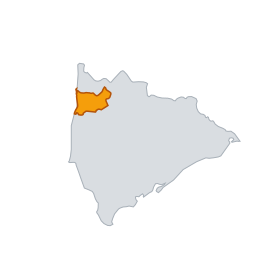 León on a map of Nicaragua (orthographic projection), rotated 51°
{"feature_id": "NIC-658", "entity_name": "León", "entity_type": "Department", "adm_level": 1, "iso_a3": "NIC", "parent_name": "Nicaragua", "parent_adm1": "", "projection": "orthographic", "projection_center": [-86.624, 12.561], "detail": "fine", "context": "in_parent", "style": "filled", "palette": "amber", "viewbox_px": 256, "rotation_deg": 51, "n_neighbors": 0, "source": "natural_earth", "source_scale": "10m", "svg_char_len": 3541}
<svg xmlns="http://www.w3.org/2000/svg" viewBox="0 0 256 256"><g transform="rotate(51 128 128)"><path d="M208.8,49.3L207.9,50.6L206.8,51.5L204.6,56.0L203.8,56.4L203.6,53.1L202.2,52.7L200.6,53.9L199.8,55.6L201.2,57.8L202.4,57.8L203.9,58.4L208.1,73.4L207.3,76.1L204.9,80.4L202.6,84.0L200.2,86.3L197.4,95.8L195.0,111.3L197.1,125.3L196.3,138.1L197.1,141.2L197.4,145.0L195.5,145.7L194.4,145.6L193.2,143.2L193.3,141.2L194.5,138.8L194.9,135.5L194.3,133.8L193.2,137.6L191.2,139.2L189.9,139.8L188.6,141.7L190.0,145.2L191.8,147.8L192.4,149.6L191.8,151.8L191.5,159.4L190.8,159.2L190.2,158.2L188.3,158.1L188.1,161.1L188.3,162.8L186.7,164.2L186.2,165.5L187.5,166.4L188.9,166.9L190.7,166.8L192.2,170.5L192.7,173.5L189.3,176.3L188.2,178.7L186.3,181.5L185.3,184.3L185.0,186.3L186.3,192.5L188.7,196.9L190.7,199.8L193.3,200.3L192.7,203.3L190.8,205.2L187.2,206.8L183.3,207.2L176.8,205.7L174.2,205.6L173.2,204.8L172.9,203.4L171.0,201.2L167.6,198.3L165.7,198.5L162.5,197.9L157.2,195.9L154.8,195.7L151.3,197.4L147.2,199.7L137.4,196.3L130.5,193.8L124.3,191.7L122.7,190.8L121.3,191.0L120.2,192.2L118.8,194.2L118.4,194.8L117.7,195.4L116.9,195.5L116.8,194.6L113.8,190.5L109.0,185.6L90.5,170.6L83.8,161.6L80.2,155.1L76.7,151.7L66.8,144.8L64.5,142.0L54.7,132.8L47.3,127.3L47.2,125.0L50.3,122.2L51.8,122.3L53.4,124.4L56.0,126.7L57.3,126.7L59.1,125.7L59.2,124.6L69.2,124.1L71.0,123.5L72.8,121.8L73.8,119.5L73.9,117.2L74.3,115.6L75.9,114.0L78.9,113.5L81.1,113.3L81.8,112.2L81.1,108.8L79.9,100.3L79.6,98.0L80.1,96.2L81.0,95.6L85.4,95.2L93.8,95.9L95.4,95.3L98.8,90.5L101.9,87.0L104.1,85.4L105.9,84.9L107.9,88.1L115.0,92.5L116.2,92.2L116.9,92.0L117.1,91.4L117.0,89.3L118.8,87.4L122.4,85.7L126.1,82.7L129.8,78.4L133.0,75.9L135.7,75.1L136.7,74.0L136.1,72.4L136.3,70.2L137.3,67.2L138.9,65.6L141.0,65.1L141.8,64.2L141.3,62.8L141.7,61.3L143.6,58.8L148.0,56.6L150.6,57.3L152.7,60.2L155.8,62.1L159.6,63.1L162.7,62.7L164.8,60.9L166.7,60.3L168.4,61.0L169.3,60.6L169.4,59.1L170.3,58.8L172.0,59.6L173.5,59.7L174.8,59.3L175.3,58.6L175.5,57.9L176.5,57.3L179.8,57.8L183.6,56.9L187.7,54.6L190.4,53.5L191.8,53.8L193.4,52.6L195.3,50.0L199.6,48.8L208.8,49.3Z" fill="#d9dde1" stroke="#a8b0b8" stroke-width="1"/><path d="M83.2,160.8L82.5,160.0L81.2,157.6L79.9,154.1L79.5,153.6L78.6,152.8L71.2,148.2L70.8,147.6L68.7,146.5L67.6,145.3L65.1,144.1L65.1,143.3L65.5,143.8L66.2,144.3L67.0,144.6L67.8,144.8L67.0,143.9L67.8,143.4L69.5,143.2L70.2,142.9L70.8,142.6L71.1,142.4L73.0,140.4L73.7,139.2L74.0,138.5L74.1,138.3L74.8,137.6L75.8,136.6L76.7,135.6L77.4,135.3L78.1,134.5L78.6,133.5L78.8,133.2L79.2,133.0L81.8,132.7L82.3,132.5L82.6,132.4L83.3,132.0L83.7,131.0L83.8,129.8L83.5,125.4L83.0,124.3L82.5,123.5L81.8,121.8L81.4,120.5L82.1,120.3L82.4,120.2L82.9,120.2L83.5,120.4L84.2,120.8L84.6,120.7L85.3,120.6L87.7,119.8L89.7,119.3L90.1,119.5L90.4,119.6L91.1,120.3L92.0,121.8L92.4,122.3L92.6,122.7L92.8,123.6L92.8,124.7L92.0,126.2L91.9,126.6L91.9,126.9L92.3,127.6L93.5,128.2L97.9,129.4L97.8,130.4L97.4,134.0L97.0,137.3L95.6,138.2L95.1,138.7L94.8,139.1L94.7,139.3L94.6,139.5L94.6,140.0L94.6,140.4L94.6,140.6L94.3,141.3L94.3,141.5L94.4,141.8L94.8,142.3L95.0,142.5L95.1,142.9L95.1,143.1L95.1,143.3L94.9,143.5L91.4,147.0L89.0,149.4L88.5,150.1L88.5,150.7L88.4,153.3L88.5,153.6L88.6,153.8L88.9,154.0L89.2,154.3L89.2,155.0L88.7,156.0L88.0,156.8L86.7,157.9L86.5,158.0L86.4,158.0L85.9,157.9L85.3,157.7L85.2,157.7L84.4,157.9L84.2,158.0L83.9,158.2L83.9,158.4L83.9,158.5L84.2,159.2L84.4,159.4L84.4,159.5L84.4,159.8L84.3,160.0L84.1,160.2L83.2,160.8L83.2,160.8Z" fill="#f59e0b" stroke="#b45309" stroke-width="1.5"/></g></svg>